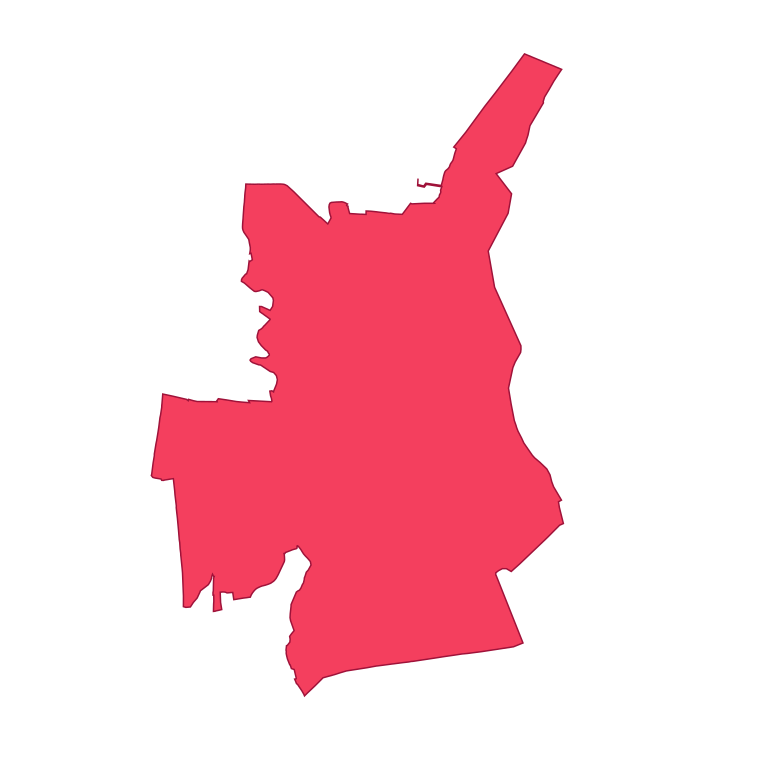 outline of Zacatepec, Morelos, Mexico, rotated 166°
{"feature_id": "50627088B6511660519549", "entity_name": "Zacatepec", "entity_type": "district", "adm_level": 2, "iso_a3": "MEX", "parent_name": "Mexico", "parent_adm1": "Morelos", "projection": "orthographic", "projection_center": [-99.2, 18.65], "detail": "fine", "context": "isolated", "style": "filled", "palette": "rose", "viewbox_px": 768, "rotation_deg": 166, "n_neighbors": 0, "source": "geoboundaries", "source_scale": "gbopen_adm2", "svg_char_len": 6145}
<svg xmlns="http://www.w3.org/2000/svg" viewBox="0 0 768 768"><g transform="rotate(166 384 384)"><path d="M629.9,226.8L632.5,216.5L630.3,215.2L625.8,214.5L621.8,218.2L617.1,221.5L613.2,226.3L612.1,227.8L606.6,230.2L603.0,231.8L600.1,234.7L598.3,237.3L597.6,239.1L596.4,240.9L595.8,238.4L595.3,238.3L596.3,236.8L598.0,230.7L599.7,224.4L599.8,224.3L600.4,223.0L601.0,220.5L600.3,220.3L601.7,214.3L602.5,211.9L604.5,204.6L603.0,204.4L601.7,204.5L599.3,204.4L597.8,204.4L596.0,204.4L595.6,209.3L595.4,211.6L593.3,221.6L591.1,221.3L590.0,221.0L589.6,220.9L588.3,220.4L586.9,219.3L585.3,219.0L583.1,218.7L581.2,218.3L581.9,211.1L578.3,210.8L576.8,210.7L575.9,210.6L572.1,210.3L570.5,210.1L569.0,209.9L566.6,209.7L565.3,209.5L563.9,211.4L562.2,213.1L559.6,215.1L559.1,215.4L557.2,216.4L555.2,216.9L553.1,217.3L551.4,217.5L547.8,217.5L545.1,217.7L542.1,218.1L540.3,218.8L538.9,219.3L537.7,220.0L535.8,221.4L532.7,224.7L529.4,228.8L525.8,233.2L523.7,235.8L523.0,237.4L522.4,240.3L522.0,242.9L522.0,243.7L521.2,243.5L520.4,244.3L519.9,244.4L515.8,244.9L513.0,245.3L511.0,245.4L509.3,245.4L508.6,245.5L508.1,245.9L507.7,247.2L507.6,247.8L506.9,247.9L506.1,246.6L504.8,243.7L503.9,240.8L503.2,238.7L502.0,236.3L500.4,233.6L499.4,231.6L498.4,229.5L498.6,226.0L502.5,221.8L504.9,220.2L507.1,216.6L508.2,215.1L508.7,213.5L510.3,210.5L510.8,209.9L511.5,209.4L513.9,206.2L515.9,204.4L517.2,204.2L519.4,203.3L519.6,203.0L527.5,192.5L528.0,190.7L530.5,183.9L531.7,180.0L531.9,176.9L530.9,166.4L531.5,166.0L534.1,164.1L536.6,162.0L536.8,159.1L537.8,156.3L541.0,153.8L541.9,153.7L543.5,149.4L543.4,148.7L544.1,146.1L544.2,143.7L544.2,140.5L543.4,134.5L543.1,134.4L542.9,133.2L542.7,130.3L540.2,128.7L540.3,119.7L540.6,119.2L542.1,119.3L541.7,116.9L541.4,114.5L540.5,113.3L539.1,109.4L537.9,106.1L536.8,102.2L536.6,100.6L532.9,102.8L524.0,107.8L514.2,113.7L502.0,114.0L496.2,114.4L489.3,114.7L489.1,114.6L488.9,114.6L468.9,112.8L459.5,112.2L459.0,112.1L453.9,111.5L446.0,110.6L444.0,110.4L442.7,110.2L433.2,109.1L427.1,108.3L424.7,108.2L423.1,107.9L401.1,105.8L392.2,105.0L380.3,103.8L373.7,103.2L368.6,102.4L354.1,100.7L321.9,97.7L311.8,99.1L321.5,171.1L321.7,171.3L321.7,171.8L321.2,173.8L317.9,175.2L313.8,176.2L309.9,175.2L305.9,171.3L295.7,176.7L264.6,194.4L261.0,196.5L247.8,204.5L243.7,205.2L243.7,221.9L243.2,227.5L239.9,228.4L244.3,243.2L244.9,248.6L244.9,255.7L246.6,262.2L251.5,270.0L255.8,276.0L257.4,279.1L262.6,292.9L263.6,298.3L265.4,305.8L265.9,310.0L265.9,311.5L266.4,317.0L265.5,333.8L264.2,349.9L255.0,368.7L251.4,373.6L244.7,380.6L243.8,381.6L242.7,384.5L241.9,388.0L253.3,451.1L250.7,487.8L222.3,519.6L214.2,537.7L224.3,561.0L206.5,564.2L188.4,583.6L186.7,586.5L184.1,590.6L179.9,599.3L161.3,618.2L161.2,619.5L158.8,623.6L152.5,629.9L145.9,636.8L140.5,641.8L135.5,646.3L167.8,670.3L170.5,668.1L171.8,667.0L176.3,663.3L184.1,656.8L205.4,639.7L219.0,629.1L236.1,614.9L243.5,608.7L259.0,597.0L257.3,595.2L256.9,594.7L259.5,590.7L262.1,585.9L263.0,584.4L263.8,583.6L264.2,583.2L264.9,582.7L266.4,581.3L267.8,579.2L268.0,578.8L269.8,577.4L271.4,576.6L272.6,576.0L273.5,575.2L274.3,574.1L274.9,573.0L275.5,572.1L276.2,570.7L276.9,569.3L277.3,568.3L277.8,567.4L278.3,566.5L280.0,563.5L280.3,562.9L281.0,563.0L290.7,567.0L294.9,568.7L297.6,566.5L303.0,569.4L301.3,575.1L303.4,568.3L297.3,565.3L294.5,567.4L291.1,566.0L281.7,562.0L280.1,561.6L282.2,558.4L282.4,556.8L282.8,555.8L284.4,554.1L285.4,551.9L287.4,550.8L288.5,550.1L290.1,549.1L292.0,547.9L291.5,547.2L292.0,547.3L301.7,549.7L313.3,552.0L314.5,552.9L317.2,550.7L325.2,544.2L332.3,546.3L336.3,548.1L337.8,548.3L340.3,549.4L342.5,550.2L347.1,551.9L349.9,553.0L354.3,554.6L355.8,555.1L359.5,556.2L360.4,552.9L365.1,554.3L366.0,554.5L376.1,557.7L376.2,560.9L376.2,564.2L375.9,565.2L377.1,566.2L377.1,566.3L377.0,566.5L376.5,567.1L376.3,567.3L375.9,567.5L378.2,569.5L379.4,570.3L380.8,571.0L383.0,571.4L386.2,572.1L391.1,572.9L392.6,572.6L393.7,571.3L394.6,569.1L395.3,563.5L395.3,561.2L395.1,558.9L395.3,557.8L399.7,553.0L399.8,552.9L405.4,561.3L406.7,562.0L425.1,592.5L430.0,599.8L431.4,601.0L432.3,601.7L433.4,602.2L435.1,602.8L438.0,603.6L441.6,604.4L442.1,604.6L442.9,604.8L446.0,605.4L447.6,605.9L454.7,607.5L457.4,608.3L460.8,609.0L469.7,611.4L470.8,607.8L470.9,607.5L472.1,604.4L472.4,603.7L473.5,600.5L473.9,599.1L474.7,596.7L475.5,594.1L475.9,593.1L476.8,590.7L477.0,590.2L479.7,581.9L480.8,578.4L482.2,574.3L482.3,574.0L482.9,572.0L483.3,570.6L483.6,569.0L483.6,567.3L483.2,565.0L481.9,561.6L480.3,557.2L480.3,555.9L480.5,553.3L480.7,548.9L481.1,547.2L481.4,546.2L482.5,543.5L482.8,542.9L481.4,543.0L481.4,542.7L481.7,536.4L484.4,535.4L484.6,535.3L485.1,536.0L488.2,527.9L490.7,524.1L491.7,524.1L496.1,520.9L497.1,519.5L497.5,518.1L495.1,515.8L490.6,509.4L489.3,507.7L487.4,505.3L485.9,504.7L482.5,504.6L479.5,505.0L477.4,503.6L474.3,501.0L471.0,494.5L471.1,491.8L473.3,486.2L476.7,483.0L484.1,488.8L486.0,489.3L487.1,484.3L478.8,474.5L478.9,474.1L485.7,469.7L486.7,469.2L487.0,469.0L488.1,468.0L489.9,467.1L492.6,466.3L495.1,462.0L495.9,459.8L495.6,455.3L493.8,451.0L490.7,445.7L489.1,444.0L488.7,442.1L488.1,440.9L488.3,439.8L489.5,439.0L491.2,438.2L492.6,437.9L496.5,438.9L501.9,441.4L506.9,440.7L508.2,439.6L507.8,438.3L506.3,436.5L500.9,432.9L499.2,432.3L491.4,423.7L488.3,421.9L486.4,418.2L486.4,414.0L488.3,409.9L492.9,403.6L493.1,403.1L494.4,404.5L496.5,404.7L496.9,399.9L496.7,397.3L496.9,394.6L497.4,394.0L500.7,395.0L519.5,400.8L518.9,398.4L523.5,399.9L526.5,400.9L531.5,402.7L540.3,406.5L548.3,409.8L550.3,408.1L550.2,407.2L569.5,412.2L572.8,413.8L577.4,416.4L578.0,415.2L579.4,416.9L591.7,423.2L600.9,427.7L601.1,427.8L604.2,418.6L604.8,417.0L605.3,415.2L608.3,408.0L609.5,405.6L613.0,396.5L615.4,390.8L618.0,384.8L618.1,384.5L619.6,381.4L623.8,371.6L624.2,370.0L627.1,363.3L631.2,352.7L631.9,351.5L630.9,349.3L628.8,348.1L623.4,345.8L623.0,344.3L621.1,343.8L620.1,343.9L616.9,343.6L615.0,343.5L611.3,343.1L612.9,331.2L613.6,327.0L615.0,316.0L615.5,314.3L616.2,309.3L616.9,303.9L618.8,291.6L620.3,282.6L620.6,279.4L621.7,273.3L622.2,269.0L622.7,266.6L622.7,266.3L624.6,253.2L625.2,249.5L626.7,242.2L629.9,226.8Z" fill="#f43f5e" stroke="#9f1239" stroke-width="1.5"/></g></svg>